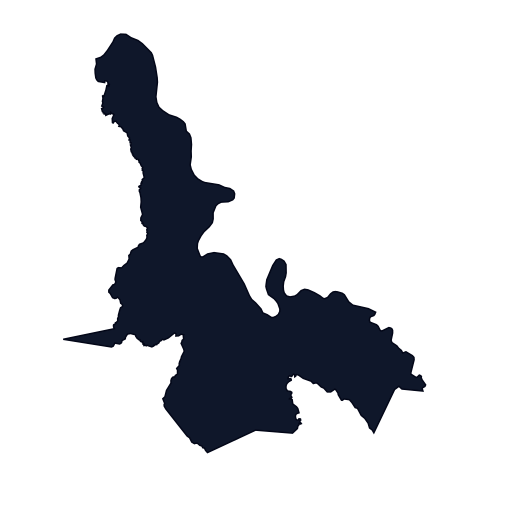 Curillo, Caquetá, Colombia (Natural Earth projection), rotated 188°
{"feature_id": "7082276B48734623734684", "entity_name": "Curillo", "entity_type": "district", "adm_level": 2, "iso_a3": "COL", "parent_name": "Colombia", "parent_adm1": "Caquetá", "projection": "natural_earth1", "projection_center": [-75.944, 1.028], "detail": "fine", "context": "isolated", "style": "filled", "palette": "ink", "viewbox_px": 512, "rotation_deg": 188, "n_neighbors": 0, "source": "geoboundaries", "source_scale": "gbopen_adm2", "svg_char_len": 6116}
<svg xmlns="http://www.w3.org/2000/svg" viewBox="0 0 512 512"><g transform="rotate(188 256 256)"><path d="M276.7,54.6L232.2,83.5L195.2,85.7L191.0,90.9L190.9,93.3L190.1,94.6L190.0,96.2L188.9,95.7L187.8,96.3L189.7,98.3L189.7,99.1L188.9,99.7L189.3,100.8L190.8,100.8L191.3,99.4L191.9,99.2L193.2,99.6L194.0,100.5L194.6,102.5L194.6,104.6L193.4,105.8L191.6,106.7L193.4,110.8L194.9,112.3L199.0,114.6L200.2,118.8L203.0,119.2L202.5,119.9L201.3,120.1L200.8,121.0L202.4,123.2L201.5,124.9L201.6,126.0L203.0,126.7L206.1,126.7L207.9,129.0L208.2,131.7L207.7,133.9L206.2,136.0L203.8,137.9L204.1,139.0L204.8,139.5L207.2,138.9L207.2,140.6L206.2,142.1L204.0,141.6L202.5,144.2L201.2,143.9L200.8,141.8L200.0,142.5L199.6,144.2L199.1,144.3L197.1,143.9L192.2,141.4L184.0,139.7L181.5,137.7L179.3,138.6L177.7,138.6L173.2,135.4L170.4,134.6L166.5,131.3L163.1,131.8L159.5,135.1L158.6,134.9L155.8,131.8L155.2,130.0L151.3,125.1L150.5,125.1L148.8,126.7L143.5,126.7L140.6,124.2L136.7,119.7L134.3,119.3L129.6,112.8L125.7,110.4L121.7,106.1L119.6,101.5L116.7,99.9L114.7,97.3L100.2,143.1L96.3,146.9L93.0,144.6L71.9,145.5L73.0,147.8L72.7,148.7L70.6,150.3L70.1,152.0L74.4,156.6L75.6,158.8L75.4,159.5L76.2,160.4L77.7,160.8L79.3,158.7L80.5,158.0L86.2,160.6L86.4,162.2L85.0,175.2L85.5,177.6L87.3,179.1L94.2,182.0L97.2,180.3L98.9,182.7L102.0,184.6L104.0,186.6L109.4,189.2L110.5,191.4L110.0,198.7L110.4,201.4L111.2,202.7L112.5,203.4L114.5,203.6L120.5,199.5L121.8,199.2L122.9,199.9L125.3,203.4L127.1,204.7L133.8,206.3L134.8,208.1L134.7,210.8L133.9,211.9L131.1,213.4L130.3,214.6L129.7,217.0L137.4,219.5L153.3,220.8L157.8,223.5L163.1,229.9L165.4,231.1L170.1,231.8L172.5,231.8L174.7,231.1L176.9,228.9L179.3,224.9L182.2,223.2L183.9,223.5L187.1,225.4L193.1,227.8L199.8,229.7L203.3,229.8L206.5,228.0L209.8,223.5L212.0,221.7L216.6,220.2L220.2,220.7L223.0,223.5L224.1,226.2L224.9,230.0L225.0,234.4L223.9,239.6L223.8,243.4L225.1,251.7L227.5,254.8L230.4,256.2L232.6,256.6L235.3,254.9L238.1,248.9L242.0,234.0L242.0,229.3L241.9,227.1L241.0,224.8L238.3,219.5L232.0,216.2L229.6,214.1L227.7,212.1L225.0,206.9L224.7,204.5L225.7,201.2L227.9,198.9L230.4,197.5L232.3,197.3L236.7,199.4L241.3,200.6L243.7,204.3L249.9,209.5L254.2,212.3L257.0,215.7L263.8,226.7L277.6,244.0L280.6,248.7L285.0,252.1L288.4,253.5L298.0,253.5L304.2,251.3L308.5,247.7L310.4,247.4L311.4,248.3L315.3,255.3L315.7,260.2L315.2,263.1L313.2,268.5L310.9,272.8L306.4,278.4L303.9,282.9L303.6,286.7L304.5,292.9L302.7,300.2L300.9,302.5L298.0,304.5L291.0,305.9L286.9,308.4L285.7,310.4L285.8,314.6L287.2,317.2L291.3,319.2L296.6,319.5L302.6,321.3L316.9,321.6L319.6,322.2L324.4,324.3L328.5,327.5L332.2,332.8L333.9,337.1L333.9,345.2L334.9,350.9L335.4,357.4L336.9,364.0L338.9,367.5L342.4,369.9L344.6,376.9L346.6,378.8L350.1,380.8L353.9,382.3L361.9,383.7L368.6,386.9L372.8,389.8L375.6,394.2L377.3,399.7L377.8,414.4L378.7,418.8L381.8,429.1L386.4,440.3L388.0,442.7L398.1,450.4L402.9,453.0L410.2,454.8L415.6,457.4L420.9,456.9L424.2,454.8L426.3,452.1L427.4,448.1L431.8,438.7L434.6,433.9L437.3,431.2L441.9,428.9L440.6,423.9L441.4,418.6L440.7,414.7L439.4,410.1L438.2,408.3L436.5,406.9L430.0,406.7L430.1,408.5L428.4,408.6L426.9,407.6L426.5,405.8L425.1,405.5L425.4,403.7L426.7,404.4L427.4,404.0L427.7,399.4L428.8,393.2L429.1,392.8L429.9,393.4L430.2,393.1L429.5,391.0L429.6,387.6L428.9,386.3L429.6,383.0L427.6,382.2L428.0,381.2L429.4,380.5L428.2,377.6L427.2,377.1L427.1,376.4L426.0,376.4L426.0,375.5L424.6,375.8L424.3,374.4L421.3,376.3L420.0,376.3L419.8,378.1L418.2,376.7L417.2,377.0L416.3,376.4L417.5,372.1L416.7,368.1L416.0,367.8L415.1,369.5L413.5,370.0L411.4,368.0L410.6,367.9L409.5,366.2L409.8,365.3L407.6,365.2L405.3,363.0L404.6,361.6L400.8,360.1L399.7,357.0L397.6,355.2L397.9,353.3L396.9,353.4L396.4,350.6L395.4,350.7L395.2,348.9L395.8,348.5L394.5,346.1L394.9,344.5L394.0,341.8L393.0,341.2L392.8,340.0L392.1,339.9L391.9,338.6L390.5,337.3L389.9,337.2L389.5,336.2L388.6,336.1L387.9,335.1L386.7,335.5L385.5,335.0L385.6,334.3L384.7,333.9L385.0,332.8L383.5,331.7L382.2,329.4L380.5,328.1L380.9,326.4L380.3,325.7L380.5,324.9L379.1,324.2L379.4,322.7L377.5,318.0L379.3,315.9L378.9,314.6L379.6,313.5L379.1,312.4L380.0,312.1L379.6,310.2L381.6,308.7L381.7,308.2L379.6,307.1L379.7,306.3L380.7,305.5L380.6,304.0L379.7,302.6L378.0,297.7L377.2,293.6L377.0,288.3L374.1,281.4L375.3,277.7L375.0,275.1L373.6,274.2L373.4,272.5L372.4,272.7L372.2,271.4L370.8,270.1L369.2,270.0L367.3,268.8L367.8,266.7L367.2,265.3L367.4,264.3L366.3,263.4L367.0,261.2L366.5,259.4L366.9,257.3L368.7,254.1L369.5,253.2L373.0,251.4L373.8,249.8L373.9,248.3L378.7,245.1L380.2,243.5L380.8,240.1L382.0,238.9L381.2,235.4L382.6,231.1L385.5,228.2L387.4,225.5L390.7,225.3L391.8,224.3L392.4,214.4L392.3,213.0L391.2,210.8L391.7,208.9L392.7,207.8L393.7,207.5L397.0,201.8L396.7,199.7L395.1,198.6L392.2,194.8L389.9,194.2L388.5,194.8L387.6,195.9L386.3,195.3L384.6,193.7L383.4,190.4L382.1,189.7L381.2,188.5L381.3,187.2L382.9,185.9L383.4,183.4L384.0,178.2L383.7,176.8L384.3,174.9L383.9,172.3L385.0,171.0L385.1,170.2L385.9,170.3L386.2,168.5L387.2,168.3L387.5,167.7L387.1,165.8L386.1,164.3L435.3,146.7L386.4,145.8L384.8,146.9L383.7,150.1L378.9,149.9L377.8,150.6L377.1,151.5L376.9,153.6L374.0,155.7L373.9,157.6L372.4,160.8L369.4,161.8L364.4,161.2L363.9,159.8L362.3,158.0L359.9,156.6L359.1,156.9L358.8,155.8L358.0,155.2L356.9,155.3L356.6,154.7L356.1,155.1L355.6,153.0L354.7,153.3L354.9,152.5L354.4,151.7L353.8,152.2L352.1,151.8L351.5,152.4L346.5,151.5L345.0,152.5L344.9,153.4L344.0,153.3L343.0,154.7L342.0,154.4L341.8,155.0L340.1,156.5L339.7,158.2L338.5,158.7L337.1,160.5L335.5,160.1L331.4,162.7L325.9,168.6L324.3,167.6L324.2,165.6L321.5,166.2L319.4,168.1L316.6,168.0L316.9,166.9L316.1,163.6L317.4,162.2L317.5,160.3L318.0,159.1L314.6,153.7L313.8,151.7L315.8,145.9L315.9,144.0L316.9,140.7L317.1,138.4L316.6,137.1L318.9,133.6L317.8,132.0L317.3,128.1L319.2,126.5L319.8,124.7L321.2,124.7L322.5,123.0L322.9,120.9L322.5,118.3L325.9,110.5L326.6,103.9L328.4,101.7L325.9,97.3L326.3,96.1L326.0,94.6L324.0,92.0L299.1,68.1L296.5,66.8L293.7,62.8L290.8,61.6L289.4,62.3L287.7,62.3L285.3,60.7L283.1,60.3L282.0,58.7L280.3,58.6L278.9,56.5L276.7,54.6Z" fill="#0f172a" stroke="#020617" stroke-width="1.5"/></g></svg>